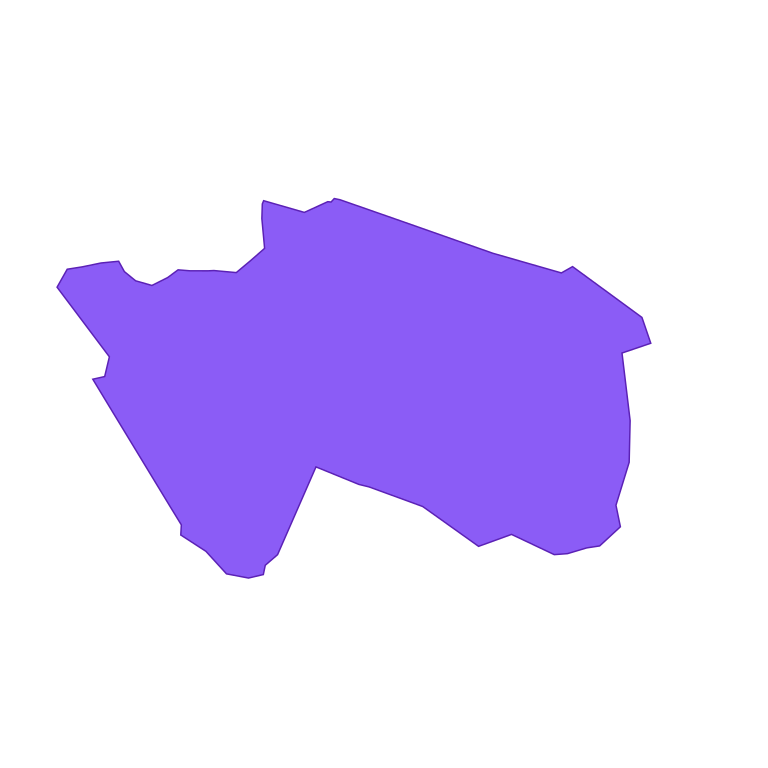 Middlesex, New Jersey, United States of America (Albers equal-area conic projection), rotated 245°
{"feature_id": "52423323B55507665446718", "entity_name": "Middlesex", "entity_type": "district", "adm_level": 2, "iso_a3": "USA", "parent_name": "United States of America", "parent_adm1": "New Jersey", "projection": "albers", "projection_center": [-74.38, 40.43], "detail": "fine", "context": "isolated", "style": "filled", "palette": "violet", "viewbox_px": 768, "rotation_deg": 245, "n_neighbors": 0, "source": "geoboundaries", "source_scale": "gbopen_adm2", "svg_char_len": 915}
<svg xmlns="http://www.w3.org/2000/svg" viewBox="0 0 768 768"><g transform="rotate(245 384 384)"><path d="M308.2,643.0L335.3,645.9L410.7,604.5L409.7,591.7L456.4,538.0L484.5,509.2L525.2,467.6L569.6,422.0L573.1,417.3L571.3,412.9L573.0,410.1L573.2,384.3L601.0,352.4L598.6,349.8L585.5,343.2L561.8,334.7L557.4,333.1L552.2,315.2L547.4,297.2L558.7,277.8L561.0,272.2L568.7,255.8L574.5,245.6L571.9,232.9L571.4,215.3L582.5,202.5L595.6,196.2L607.4,195.4L613.3,178.6L617.7,160.0L621.9,145.4L609.9,128.6L524.7,146.6L508.8,134.0L511.4,122.1L471.9,126.4L449.3,128.9L362.1,138.5L342.0,140.8L333.0,136.0L307.6,151.9L278.5,161.0L265.4,179.2L262.3,194.1L269.9,199.8L274.3,215.4L337.6,287.3L303.6,318.8L297.1,326.9L256.6,367.3L196.9,401.1L193.8,436.0L157.4,466.2L152.7,478.6L149.8,498.4L146.1,511.0L154.7,537.9L176.1,543.0L209.4,573.1L246.8,591.6L311.5,612.8L308.2,643.0Z" fill="#8b5cf6" stroke="#5b21b6" stroke-width="1.5"/></g></svg>